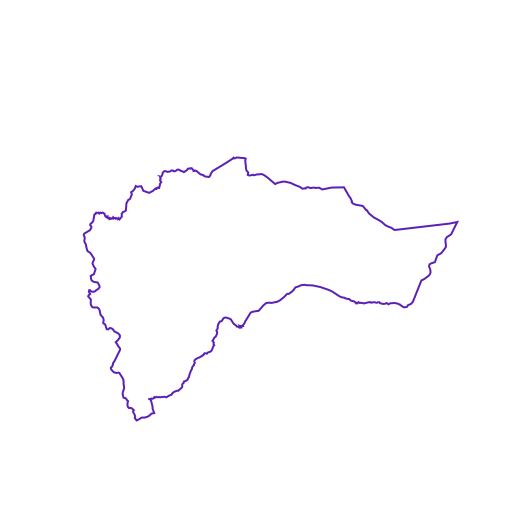 outline of Guano, Chimborazo, Ecuador, rotated 148°
{"feature_id": "8360857B97791335649951", "entity_name": "Guano", "entity_type": "district", "adm_level": 2, "iso_a3": "ECU", "parent_name": "Ecuador", "parent_adm1": "Chimborazo", "projection": "mercator", "projection_center": [-78.639, -1.54], "detail": "fine", "context": "isolated", "style": "outline", "palette": "violet", "viewbox_px": 512, "rotation_deg": 148, "n_neighbors": 0, "source": "geoboundaries", "source_scale": "gbopen_adm2", "svg_char_len": 6153}
<svg xmlns="http://www.w3.org/2000/svg" viewBox="0 0 512 512"><g transform="rotate(148 256 256)"><path d="M67.3,178.2L74.4,180.8L124.5,204.5L125.0,205.1L126.2,208.1L128.4,211.0L130.0,213.7L131.2,217.9L132.2,220.2L135.6,226.2L137.6,232.1L137.8,236.3L138.3,236.7L138.8,241.3L139.5,242.4L144.3,246.7L146.1,249.3L146.3,251.0L145.7,251.4L145.2,254.9L145.4,257.9L145.0,267.6L155.5,273.9L164.5,277.3L166.3,280.5L169.4,282.1L170.1,282.9L171.3,283.7L173.9,284.8L175.3,286.7L177.1,287.4L178.2,286.9L178.9,287.6L180.9,288.4L182.2,291.4L185.2,295.4L187.9,299.6L192.3,304.0L194.5,305.1L199.3,306.7L201.6,306.8L204.7,316.5L206.1,319.9L207.4,322.1L208.6,323.0L209.6,323.3L212.0,324.7L214.6,325.4L215.2,325.8L215.5,326.5L218.0,327.3L219.2,328.0L220.0,329.1L218.3,331.0L218.8,333.5L217.9,336.1L216.7,337.9L216.0,339.8L214.4,342.9L213.1,344.1L213.9,345.1L220.2,349.8L221.7,349.9L223.1,350.5L223.0,351.2L224.8,350.9L231.1,350.8L247.9,351.0L250.9,349.6L252.2,348.5L254.0,347.9L257.0,350.4L257.7,351.6L257.7,352.4L259.8,354.6L261.4,359.5L262.1,360.6L263.0,360.7L263.1,361.0L263.8,361.2L263.4,361.7L264.0,363.6L263.9,364.2L264.6,365.0L265.4,364.9L265.8,365.4L267.6,366.1L268.6,365.5L272.7,365.3L272.8,365.9L274.8,368.2L275.0,369.1L276.1,370.5L277.1,370.9L279.4,370.7L280.2,371.0L280.9,371.6L281.1,372.4L281.6,372.6L282.2,373.3L283.9,373.2L286.3,374.1L288.1,376.2L288.8,376.5L290.2,376.3L291.3,375.8L292.3,374.6L293.9,373.7L294.7,373.6L295.1,374.0L295.0,373.6L295.5,373.4L296.1,372.5L295.9,372.4L296.1,371.7L296.6,371.6L297.4,370.8L297.1,369.0L299.1,368.1L300.5,366.4L301.4,366.0L302.1,365.0L302.5,365.2L303.3,366.2L304.3,366.5L304.7,365.7L305.2,365.6L306.1,366.4L309.1,365.8L313.2,366.2L317.0,371.0L316.3,375.8L316.9,376.0L317.6,376.7L319.9,377.5L320.9,379.1L323.2,377.3L326.2,376.3L328.1,376.3L328.7,374.0L332.4,371.3L333.3,371.1L334.5,371.3L337.9,369.4L342.3,363.5L344.6,363.5L345.7,363.8L347.6,362.9L348.9,360.5L352.3,359.4L352.4,360.6L353.0,360.1L353.7,360.3L353.8,361.5L355.2,362.0L354.9,362.7L356.5,363.3L356.6,364.3L357.3,363.7L357.5,364.4L358.6,364.1L359.7,364.6L359.3,364.9L359.5,365.2L360.6,365.1L360.2,366.2L360.7,366.7L361.4,366.6L361.4,367.4L362.3,367.9L362.3,368.5L361.5,368.7L362.7,369.5L362.1,372.3L363.0,374.0L364.1,374.2L364.7,375.1L366.4,375.0L366.3,376.0L368.7,377.4L369.2,377.3L369.6,376.7L371.1,376.8L375.5,371.9L377.8,371.1L379.2,371.0L379.9,370.6L380.3,369.6L380.0,368.7L380.1,368.0L380.8,367.1L383.1,365.9L389.6,366.0L390.4,365.7L390.9,365.1L391.6,362.1L393.6,359.8L394.0,358.7L394.1,356.1L395.4,352.8L396.3,349.6L394.8,346.2L394.7,339.4L395.5,338.5L397.7,337.2L398.7,336.1L399.1,332.9L398.9,330.0L399.2,329.7L403.1,326.5L406.7,326.7L408.2,323.5L408.2,322.1L407.8,321.0L407.0,319.8L404.3,317.4L404.6,313.4L405.4,312.3L407.1,311.7L409.5,311.7L410.7,311.4L412.4,311.6L414.0,312.6L414.5,313.3L415.0,315.1L415.6,315.4L416.7,314.1L416.8,311.6L419.0,311.3L419.7,310.7L419.1,306.7L421.6,302.9L422.1,300.0L421.3,298.6L418.0,296.6L417.2,294.9L417.2,294.1L417.7,291.8L419.0,288.7L418.4,284.9L418.8,283.2L419.4,282.0L421.0,280.3L421.1,279.7L420.2,277.9L421.4,273.1L420.8,272.4L420.2,272.1L418.1,272.4L416.8,271.1L416.1,269.5L416.2,267.9L415.8,266.7L413.8,263.2L413.5,260.8L414.6,259.1L418.0,257.7L420.6,257.3L420.5,253.6L420.7,253.0L420.3,250.1L420.8,248.6L431.8,241.8L434.1,240.8L434.4,240.2L436.7,238.4L437.7,238.4L438.4,238.1L438.7,237.5L438.9,236.2L438.2,232.7L436.2,230.7L434.8,230.2L433.9,229.3L433.8,223.8L434.0,221.4L435.4,218.6L436.2,217.7L436.6,216.2L437.9,213.7L441.5,210.7L442.5,209.1L443.4,206.0L441.8,204.3L441.9,203.0L441.4,200.7L442.9,199.4L444.1,197.5L444.6,195.7L444.3,194.4L442.9,193.7L442.1,192.8L441.3,190.0L442.6,189.4L442.9,188.6L443.1,185.4L443.6,183.8L444.7,182.8L444.4,179.8L441.1,179.5L439.0,179.6L438.1,179.3L436.1,178.0L433.1,177.2L431.2,177.1L428.1,177.7L425.6,176.7L424.5,181.6L423.7,182.8L421.8,188.3L421.6,190.4L423.0,191.8L420.8,190.4L420.2,190.5L419.5,189.8L417.4,189.5L416.8,190.2L416.1,189.3L415.0,189.2L414.2,188.3L412.5,187.4L412.2,187.0L408.3,185.2L406.8,183.6L403.9,183.7L401.2,183.1L400.2,183.8L397.4,184.2L394.1,183.5L393.4,182.9L388.8,183.7L388.1,184.0L387.3,184.9L387.0,185.8L385.9,186.6L384.6,186.7L383.7,187.7L382.1,187.3L380.9,187.4L380.0,187.2L378.1,188.5L377.1,188.8L375.0,190.9L372.0,193.2L370.3,194.0L369.6,195.0L368.2,195.9L366.5,196.3L366.3,196.8L364.6,197.7L364.0,199.6L363.3,200.1L361.9,200.4L359.3,200.4L357.6,199.9L355.7,200.0L355.3,199.7L353.7,200.1L353.4,199.8L352.1,200.2L351.3,200.8L349.9,199.9L349.4,199.2L348.0,199.7L345.7,199.1L344.1,199.2L342.5,200.1L340.1,202.1L338.8,202.4L338.7,203.8L337.6,205.0L337.9,207.1L336.1,207.8L334.9,208.7L332.4,209.2L330.0,211.0L329.3,212.0L329.1,213.8L327.0,214.8L325.6,216.8L324.6,217.8L322.7,219.0L321.4,219.5L319.6,219.0L316.6,220.4L315.5,220.4L314.0,219.7L311.5,216.7L310.9,215.5L310.9,210.7L309.7,207.4L309.8,206.5L308.5,205.3L308.2,204.6L307.9,204.8L307.8,203.8L306.7,203.3L306.7,205.0L305.9,203.8L305.0,203.6L305.5,204.5L304.2,203.9L304.2,204.2L303.6,204.2L301.3,205.2L299.9,206.2L290.8,210.7L289.6,210.8L287.3,210.1L282.8,208.1L275.9,210.2L272.2,210.7L270.2,209.8L267.5,207.9L262.1,205.9L259.2,205.7L253.5,206.4L250.6,207.2L249.4,207.3L248.3,206.5L243.9,206.8L242.3,207.2L239.2,208.5L235.8,207.6L233.4,207.4L230.0,205.8L229.2,204.9L223.4,200.9L217.9,195.6L212.7,189.2L210.4,185.9L206.4,177.2L205.1,175.5L203.0,173.6L202.9,173.0L200.7,170.7L199.8,170.2L199.2,167.9L196.9,165.6L196.3,164.1L196.4,163.7L195.6,163.1L196.0,162.6L195.5,162.2L193.5,162.5L192.9,161.1L192.0,160.8L190.7,159.8L189.8,158.7L184.3,156.8L183.8,156.2L183.3,156.1L183.1,155.4L180.4,154.3L178.3,152.3L177.1,152.1L176.0,151.5L175.8,150.3L173.8,148.1L171.9,147.1L170.1,146.9L169.3,144.9L167.1,144.7L163.1,142.5L160.7,140.1L160.3,139.0L159.7,138.7L159.5,137.8L158.0,134.4L156.7,133.5L154.9,132.9L153.0,133.8L151.3,133.4L149.5,133.3L147.3,134.0L128.7,147.6L125.4,147.3L119.7,147.8L118.8,148.1L117.6,148.7L116.6,149.7L115.5,151.9L114.7,155.5L114.1,156.3L113.1,156.9L111.7,157.0L107.6,156.0L102.1,160.3L101.1,160.5L98.3,160.2L96.9,160.4L91.9,162.2L90.2,163.1L89.4,164.1L87.5,168.2L86.4,169.8L84.1,170.9L79.6,170.9L78.8,171.1L67.3,178.2Z" fill="none" stroke="#5b21b6" stroke-width="2"/></g></svg>